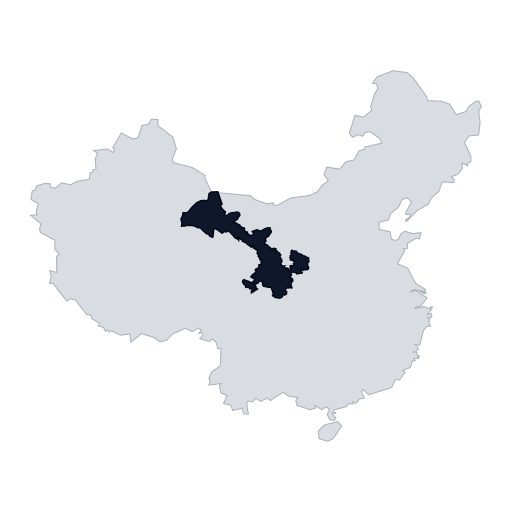 where Gansu sits in China
{"feature_id": "CHN-1150", "entity_name": "Gansu", "entity_type": "Province", "adm_level": 1, "iso_a3": "CHN", "parent_name": "China", "parent_adm1": "", "projection": "albers", "projection_center": [103.309, 37.691], "detail": "fine", "context": "in_parent", "style": "filled", "palette": "ink", "viewbox_px": 512, "rotation_deg": 0, "n_neighbors": 0, "source": "natural_earth", "source_scale": "10m", "svg_char_len": 9747}
<svg xmlns="http://www.w3.org/2000/svg" viewBox="0 0 512 512"><path d="M310.2,409.7L297.1,405.5L295.8,400.3L297.9,397.5L288.8,396.3L283.1,392.2L270.3,400.5L267.1,398.1L260.9,401.4L255.9,398.3L252.5,402.0L248.4,400.9L246.6,403.2L248.4,414.2L243.6,413.7L242.1,408.1L232.8,410.6L230.7,405.0L223.5,403.5L227.1,395.5L220.9,392.9L219.5,385.7L221.1,383.6L208.8,385.0L210.3,381.9L208.9,377.8L212.0,371.7L220.2,365.9L221.1,348.6L217.8,348.7L216.3,342.6L212.5,338.7L209.2,341.4L199.8,338.7L202.8,335.4L201.7,332.3L198.9,333.4L201.2,330.3L198.4,328.0L192.2,331.7L185.6,328.3L172.5,334.0L166.4,340.3L159.8,341.8L153.8,337.5L141.6,333.6L131.0,342.1L129.7,333.9L120.2,335.2L111.6,330.7L109.4,332.1L107.3,329.8L105.6,331.6L103.5,327.4L98.5,326.0L99.4,323.3L91.7,318.5L91.2,315.2L86.6,314.6L75.6,300.1L70.1,298.8L66.8,301.1L52.9,283.2L49.6,283.4L51.2,276.8L49.8,270.5L56.7,272.5L56.6,256.4L59.4,254.1L54.7,249.1L55.0,240.3L40.9,232.7L39.5,229.8L40.7,223.7L30.7,215.3L37.3,214.7L36.2,212.0L38.2,203.9L30.9,199.4L32.3,190.8L34.8,190.2L36.9,185.8L44.6,183.5L50.4,183.8L50.4,187.2L55.3,188.2L61.7,182.8L70.9,184.9L76.9,181.3L89.2,179.4L90.2,173.0L93.5,171.7L92.8,169.7L96.0,169.2L95.2,159.1L97.6,153.2L93.7,150.5L107.8,149.0L113.2,152.6L114.5,149.8L112.8,147.6L121.3,132.9L132.8,139.0L138.1,137.6L141.9,125.5L148.2,124.4L151.5,119.2L157.9,119.6L158.0,125.8L172.8,137.1L176.4,148.9L172.3,159.1L173.4,162.6L192.3,167.5L205.2,175.5L204.8,178.0L211.6,192.1L250.3,195.7L255.3,199.7L267.2,204.0L273.2,202.6L273.2,204.9L277.0,205.5L290.5,198.0L310.0,195.4L317.8,191.4L321.9,185.3L328.4,180.9L323.9,174.5L326.9,167.1L339.6,169.1L345.9,161.7L353.9,160.0L359.1,150.8L364.5,149.2L364.9,146.9L381.9,143.2L379.9,138.6L370.1,131.7L365.0,132.4L362.6,136.3L358.2,134.7L352.5,137.3L349.3,133.2L354.9,115.2L363.4,117.1L371.8,110.1L370.6,106.9L374.5,94.1L378.0,88.4L376.6,84.0L372.4,83.2L377.3,76.6L393.3,70.7L407.3,72.6L413.3,78.0L426.7,96.7L427.4,100.7L441.4,101.2L449.8,104.3L456.3,114.7L466.1,111.4L469.3,106.2L476.1,101.0L478.9,101.3L481.3,106.3L478.7,111.6L480.1,122.4L478.6,135.0L469.2,135.9L464.5,142.5L470.9,156.2L471.0,161.3L466.8,164.5L468.1,166.1L462.2,162.9L462.3,168.8L457.8,174.4L451.4,176.7L454.3,180.0L453.8,182.5L442.3,182.0L438.8,191.5L431.6,197.9L428.0,204.4L417.7,210.1L406.4,221.5L405.6,219.7L409.7,216.9L410.2,213.9L406.0,214.7L405.6,213.1L411.4,201.9L407.2,197.8L402.3,199.5L398.2,207.3L390.6,213.7L388.4,220.0L379.1,222.1L379.2,229.4L390.0,231.7L391.4,238.9L394.4,240.4L398.2,239.6L401.2,233.5L404.9,231.2L412.7,233.6L421.0,232.6L419.6,238.9L416.1,238.2L407.6,243.3L407.2,248.7L403.3,248.6L404.6,250.7L397.4,263.8L407.6,268.1L415.6,283.4L425.5,289.5L425.3,291.6L413.8,289.6L409.9,292.1L415.7,290.5L427.2,297.9L420.3,306.2L416.4,307.0L414.4,308.9L423.6,306.5L431.7,309.4L427.4,314.3L431.5,313.4L431.8,317.1L427.6,318.0L430.0,319.3L428.8,322.8L430.7,326.1L426.5,326.5L423.5,330.4L419.6,345.3L415.1,344.6L418.6,348.6L415.3,352.1L412.1,351.9L416.8,352.3L417.9,358.4L413.7,358.5L415.0,360.5L412.2,361.3L410.1,367.6L402.7,370.3L405.1,372.3L399.5,379.8L395.1,379.9L391.8,387.5L368.6,394.8L363.1,389.5L361.5,391.6L364.4,398.2L359.9,398.8L355.4,403.6L353.0,401.8L352.7,404.2L349.1,403.5L346.0,406.7L334.4,409.8L332.1,413.9L336.0,417.9L334.5,420.2L329.8,419.9L327.3,414.6L329.5,408.8L325.8,406.9L321.9,409.8L315.0,405.4L315.4,408.1L310.2,409.7ZM337.7,421.6L341.7,426.0L333.1,438.7L327.6,441.3L319.1,438.7L318.3,431.1L324.0,425.1L337.7,421.6ZM426.5,293.5L423.5,293.5L420.3,291.5L422.6,291.6L426.5,293.5ZM433.1,307.1L430.9,308.1L430.2,306.9L433.1,307.1ZM419.5,356.1L418.5,357.9L418.4,355.8L419.5,356.1ZM333.4,413.3L335.7,412.3L335.6,413.5L333.4,413.3Z" fill="#d9dde1" stroke="#a8b0b8" stroke-width="1"/><path d="M211.5,192.0L217.8,191.8L222.0,204.1L220.5,205.4L220.5,206.1L222.5,209.3L225.3,211.8L225.3,212.2L224.4,215.5L227.3,215.4L229.1,213.7L231.8,212.7L234.4,212.7L235.7,212.2L236.5,212.1L238.4,212.3L238.8,212.6L239.8,214.3L239.8,215.0L239.7,215.6L238.2,217.5L237.4,219.3L235.1,220.7L234.3,221.4L233.5,222.6L236.1,222.9L237.3,223.9L239.6,224.9L240.1,225.5L240.4,226.4L241.6,227.0L241.8,227.7L244.2,227.9L244.5,228.5L244.4,230.0L244.7,230.8L246.0,232.1L246.5,232.2L246.9,231.9L247.3,232.0L247.3,232.8L247.7,233.7L248.3,234.0L248.1,234.4L248.1,234.6L248.9,234.8L250.2,235.4L252.2,235.4L253.9,233.5L252.2,231.6L252.3,231.4L256.8,229.8L257.3,229.8L258.4,230.5L261.3,231.1L262.7,230.0L265.3,228.6L267.6,227.9L269.8,227.8L270.1,227.9L270.0,229.0L271.3,231.2L271.3,231.9L270.9,232.8L270.1,233.4L269.5,234.8L268.6,236.0L265.1,238.4L265.5,239.2L265.9,241.1L264.7,241.6L264.7,242.6L265.0,244.1L267.1,245.0L270.6,248.2L271.8,248.8L273.1,248.8L273.6,248.3L275.6,248.7L275.3,249.0L275.6,249.5L274.9,250.0L274.9,250.5L275.5,250.7L276.0,250.3L276.7,250.6L277.3,251.8L277.7,252.2L278.7,252.5L279.4,253.1L280.6,254.9L280.7,255.0L279.9,255.5L279.8,256.0L280.3,257.4L280.9,258.7L281.6,259.6L281.8,260.6L281.8,262.0L280.9,262.7L280.8,263.9L281.8,265.6L282.9,266.1L284.3,266.0L283.9,266.3L284.0,266.6L285.2,268.2L285.4,268.2L286.1,267.9L287.3,268.3L285.8,268.7L285.7,268.8L285.8,269.1L286.6,268.8L288.1,268.9L289.3,270.3L289.9,270.5L290.6,269.7L290.7,268.9L290.8,268.2L290.3,267.9L290.1,267.5L290.9,267.3L290.3,266.7L290.2,265.8L291.2,265.5L292.3,265.8L292.6,266.1L294.1,264.9L293.5,263.9L294.3,263.5L294.1,263.2L294.3,262.9L294.2,261.8L293.2,260.6L292.6,260.6L291.4,259.9L290.5,260.0L290.3,259.6L290.5,259.1L290.4,258.2L289.9,257.7L290.4,257.2L290.3,255.6L290.8,255.3L291.3,255.2L291.6,254.5L291.6,254.2L290.9,253.2L291.4,252.4L291.2,251.7L291.4,250.6L291.6,250.4L292.2,250.3L293.7,251.3L295.4,251.0L296.3,251.3L296.7,251.6L296.8,253.2L298.5,253.3L299.0,253.8L300.2,253.9L301.8,254.6L302.3,255.3L303.0,255.5L303.1,256.1L304.1,256.4L304.6,256.0L304.9,256.3L305.7,256.5L306.4,257.3L307.9,257.6L308.7,258.2L308.7,258.8L308.3,259.4L308.8,260.6L308.7,262.0L307.2,263.4L307.6,264.2L307.6,265.5L308.4,266.7L308.6,268.4L307.7,269.5L305.7,269.8L305.3,269.5L304.8,269.5L303.3,270.3L303.0,269.9L301.3,269.4L301.2,270.1L300.7,270.4L301.5,271.9L302.3,272.7L302.2,272.9L301.3,273.2L300.0,273.1L299.4,273.5L297.8,273.4L297.0,274.0L295.6,272.5L294.7,272.3L294.4,272.1L291.6,272.2L290.9,272.8L291.0,273.8L291.5,274.6L291.4,275.0L290.9,275.9L290.4,276.2L289.6,277.5L290.0,278.1L291.0,278.0L292.0,278.5L292.7,279.4L292.8,280.7L291.7,280.5L291.2,280.7L291.7,280.9L292.0,282.0L291.5,282.2L290.7,284.2L290.8,284.6L291.3,284.9L291.0,285.3L291.1,286.3L291.9,287.2L291.8,287.9L291.2,288.1L290.8,287.5L290.5,287.4L289.7,287.5L288.6,288.0L288.2,287.9L287.9,287.5L287.2,287.5L286.9,288.1L285.8,288.7L285.5,289.6L284.9,289.8L284.8,290.3L285.1,290.9L286.6,291.5L286.4,292.2L286.6,293.5L286.4,294.0L284.5,295.1L282.9,294.7L282.3,295.0L282.0,295.5L282.5,296.6L281.1,297.7L280.5,297.5L279.8,298.2L279.2,297.7L278.1,298.0L277.3,297.7L275.7,297.6L274.9,297.3L273.6,296.1L272.7,295.8L272.5,295.3L272.6,294.9L272.8,294.6L273.4,294.5L273.6,293.7L272.6,292.1L272.5,291.2L273.4,290.8L272.6,290.4L271.5,289.1L271.5,288.0L271.2,287.5L270.8,287.3L268.0,287.2L267.0,286.8L266.0,286.9L265.9,286.7L266.2,285.9L266.1,285.7L264.8,286.4L263.4,286.1L263.0,285.8L263.1,285.1L262.7,284.6L262.6,282.4L261.5,281.7L260.7,280.8L259.4,281.1L259.0,281.6L257.9,282.2L257.8,282.4L258.3,282.7L258.3,282.9L256.8,283.1L256.1,284.1L255.3,284.0L254.4,284.4L255.1,285.6L255.0,285.9L255.6,286.4L255.4,286.7L255.8,286.7L255.6,287.4L255.9,287.8L257.0,288.6L256.7,288.7L257.0,289.3L256.7,289.3L256.8,289.4L256.1,289.9L255.3,290.1L254.9,290.7L254.1,291.0L253.6,291.8L252.7,291.9L251.5,292.8L251.5,292.2L251.3,291.5L251.9,290.7L252.2,289.7L251.8,288.4L251.1,287.8L250.9,288.6L250.3,288.9L249.6,288.8L249.1,287.3L248.7,286.8L247.5,287.4L246.2,287.0L245.7,287.2L245.7,286.0L245.4,285.2L244.4,284.8L243.9,284.3L242.6,282.0L242.6,281.5L242.8,280.7L243.9,279.6L245.0,280.2L246.6,280.6L247.2,281.0L249.3,281.6L249.6,281.8L249.9,282.3L251.0,283.1L251.8,282.3L252.6,282.3L253.7,281.0L254.3,280.9L254.8,280.1L254.2,278.7L253.6,278.3L252.6,278.0L252.3,277.0L251.6,277.3L251.2,277.3L250.9,276.5L251.7,275.9L252.2,276.0L252.5,274.7L253.1,274.1L253.8,273.9L254.7,273.1L255.3,272.9L255.8,272.1L256.2,271.7L256.2,271.4L255.8,270.7L255.3,270.5L255.6,269.9L255.6,269.2L256.7,269.0L257.6,268.0L259.0,268.2L259.2,267.2L258.8,265.8L259.0,264.9L259.4,265.0L259.7,264.7L260.2,264.7L261.3,265.0L261.2,264.0L261.5,263.4L260.9,262.6L261.9,261.0L260.6,260.1L260.0,259.9L259.6,258.1L259.0,257.0L258.2,256.3L258.2,255.9L258.9,255.5L258.9,255.0L257.1,253.4L257.4,252.0L257.9,251.7L257.9,251.2L256.9,250.0L256.2,249.8L255.1,248.8L254.6,248.7L253.7,248.1L253.7,247.7L254.0,247.2L253.4,246.5L253.2,245.3L252.9,245.3L252.0,246.5L251.8,247.4L251.5,247.4L250.9,246.7L247.7,244.5L245.8,242.8L242.5,241.2L242.2,241.0L242.0,239.9L241.7,239.5L240.1,238.9L238.6,237.2L238.3,237.2L238.1,238.1L238.6,239.1L238.6,240.1L238.0,239.3L237.4,238.9L235.8,238.3L233.9,236.7L233.5,235.8L230.4,232.7L230.3,231.9L229.4,231.8L229.0,231.2L228.0,230.8L227.6,230.7L227.2,231.4L226.5,231.9L225.2,231.8L224.7,231.2L224.3,231.0L223.7,231.9L222.1,233.2L216.7,229.3L214.9,228.6L213.9,228.7L213.5,229.5L213.6,230.6L213.4,232.0L213.4,233.2L213.3,233.9L213.0,234.2L213.2,235.1L213.0,236.9L212.8,237.2L212.6,237.3L211.3,236.9L209.6,235.9L209.4,235.7L209.5,235.0L207.9,234.0L207.1,233.9L205.9,233.4L205.7,232.7L204.7,232.2L203.9,231.3L203.3,231.1L202.4,229.7L201.5,229.2L200.4,227.7L198.0,227.8L197.3,227.3L195.8,226.8L195.1,226.1L191.3,225.4L189.3,225.6L188.0,225.3L187.3,225.5L186.3,225.4L185.4,225.9L184.3,226.1L183.1,225.9L182.2,226.3L181.5,226.2L182.0,223.2L181.0,219.3L181.0,218.8L182.4,216.5L183.1,212.7L183.8,212.6L185.8,213.0L188.2,212.0L192.1,207.1L196.9,202.6L200.8,200.8L204.1,200.4L206.3,200.8L207.0,200.6L208.5,199.1L208.4,197.8L209.1,193.5L211.5,192.0Z" fill="#0f172a" stroke="#020617" stroke-width="1.5"/></svg>